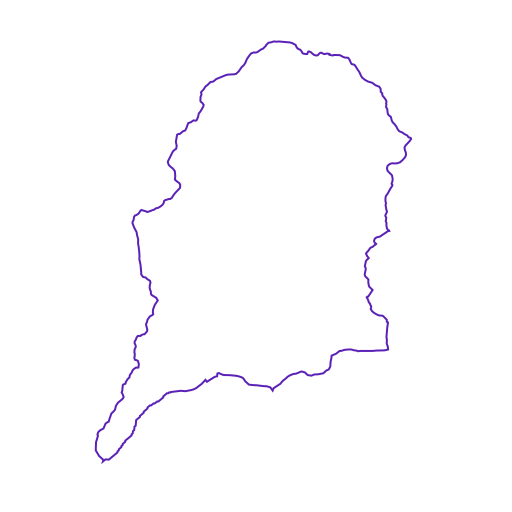 the district of Sakteng, Tashigang, Bhutan, rotated 94°
{"feature_id": "84629894B26708825657570", "entity_name": "Sakteng", "entity_type": "district", "adm_level": 2, "iso_a3": "BTN", "parent_name": "Bhutan", "parent_adm1": "Tashigang", "projection": "mercator", "projection_center": [91.93, 27.381], "detail": "fine", "context": "isolated", "style": "outline", "palette": "violet", "viewbox_px": 512, "rotation_deg": 94, "n_neighbors": 0, "source": "geoboundaries", "source_scale": "gbopen_adm2", "svg_char_len": 6067}
<svg xmlns="http://www.w3.org/2000/svg" viewBox="0 0 512 512"><g transform="rotate(94 256 256)"><path d="M471.6,394.3L469.4,392.0L469.4,388.6L461.6,380.5L460.5,380.5L459.4,379.3L458.3,379.3L456.1,377.0L454.9,377.0L453.8,375.8L452.7,375.8L450.5,373.5L449.3,373.5L443.8,367.7L442.7,367.7L441.5,366.6L439.3,366.5L438.2,365.4L434.8,365.3L433.7,364.2L428.0,364.1L424.7,360.6L423.6,360.6L420.2,357.1L419.1,357.1L415.8,353.7L414.6,353.6L412.4,351.3L412.4,350.2L410.2,347.9L410.2,346.8L408.0,344.4L408.0,343.3L403.6,338.7L402.5,338.7L399.1,335.2L399.1,334.1L398.0,332.9L398.1,331.8L397.6,331.3L395.7,321.5L395.8,317.1L394.4,311.7L393.5,309.2L392.2,306.8L387.3,301.2L383.1,297.8L384.9,296.2L379.4,288.7L378.7,286.4L375.9,286.3L375.4,284.7L376.4,282.3L377.0,279.8L376.7,274.2L376.9,266.8L377.8,262.3L378.8,260.3L379.8,259.4L381.6,258.1L384.8,254.1L385.0,249.6L384.9,246.1L385.3,239.1L385.2,236.4L386.0,232.6L389.1,230.0L386.6,229.2L381.8,222.8L379.3,221.1L378.0,219.9L376.0,217.6L374.2,216.0L372.6,213.7L371.0,210.3L370.7,208.1L368.0,202.6L368.7,199.1L371.2,196.1L371.5,192.3L370.2,189.9L369.6,185.4L368.3,180.7L365.1,177.6L364.9,176.8L363.9,175.4L361.1,174.2L356.2,174.2L352.8,173.7L350.1,173.6L347.9,169.3L344.9,166.0L344.8,164.6L343.5,161.3L342.9,158.1L342.6,154.4L343.2,151.9L343.4,148.9L343.9,147.6L343.4,145.2L342.6,133.3L341.9,129.0L341.2,121.4L340.1,117.7L337.5,118.1L334.2,119.5L330.1,119.6L328.0,120.2L318.7,120.1L313.1,119.7L312.5,120.9L310.5,121.1L307.2,124.8L306.7,126.0L306.7,129.1L306.3,130.4L305.4,132.6L304.2,134.7L303.0,136.3L300.8,137.9L299.2,137.5L298.1,137.6L296.9,138.5L295.5,139.0L294.3,140.3L292.6,140.8L289.4,142.7L288.8,142.1L288.9,141.6L288.6,141.2L281.8,137.3L278.9,140.7L277.9,141.3L274.7,142.1L271.5,142.3L268.7,145.5L267.3,146.2L266.6,146.3L261.7,145.6L260.0,145.9L258.7,146.7L254.0,146.1L253.2,145.9L252.0,145.1L250.3,143.4L249.9,143.6L248.6,144.9L246.1,146.4L245.5,146.3L242.9,144.3L240.2,142.7L239.7,142.2L238.5,140.0L236.6,138.2L236.3,137.5L235.5,137.0L234.5,138.5L233.4,139.1L232.8,139.3L230.9,138.9L230.3,138.5L229.5,137.7L228.8,136.5L228.1,133.9L222.1,126.2L221.7,124.8L221.3,125.0L221.0,125.9L220.3,126.6L219.3,127.3L216.6,128.0L213.8,128.2L212.1,129.0L208.8,128.7L206.9,129.8L206.3,129.8L202.8,128.4L200.0,129.4L196.1,130.3L194.3,130.0L192.1,130.7L189.1,130.9L187.1,130.6L184.4,128.9L180.2,127.0L176.3,124.9L175.5,124.9L174.9,125.6L174.3,125.8L172.5,125.2L169.8,125.0L166.3,125.9L165.7,126.3L162.8,129.7L161.8,130.7L159.6,131.4L158.7,131.4L157.2,131.1L156.5,130.7L154.8,128.8L154.0,126.7L154.0,123.8L153.6,121.4L152.5,118.9L149.9,116.3L146.9,114.1L144.7,113.4L142.6,113.7L139.2,115.1L137.2,115.4L135.3,114.5L130.9,110.9L128.4,109.4L127.6,109.8L127.2,110.6L127.0,111.8L126.4,112.6L125.3,113.4L125.0,114.0L124.0,116.4L122.5,118.8L121.8,121.2L121.2,122.1L120.0,123.3L117.0,125.1L114.6,127.2L113.2,128.9L111.4,130.0L107.8,131.2L106.5,133.2L105.1,134.4L100.1,135.4L98.2,136.7L95.6,136.5L94.5,136.9L93.8,136.6L92.1,136.8L89.4,138.8L87.4,140.8L85.9,141.4L84.9,141.4L83.5,143.0L80.8,143.3L79.3,144.2L78.4,145.2L77.3,148.8L75.1,152.1L74.2,156.3L72.8,159.4L70.7,162.5L69.1,163.7L65.2,165.8L62.5,168.0L59.1,170.4L58.3,171.4L57.9,173.9L56.9,174.7L53.0,176.8L51.8,178.1L51.9,180.6L51.7,181.7L51.3,183.1L49.8,186.3L50.0,192.3L50.6,193.2L50.3,196.4L50.1,196.9L49.4,196.8L49.1,198.3L49.1,199.5L49.8,201.5L49.8,202.3L48.6,205.2L49.2,206.6L51.5,208.5L51.8,210.0L51.4,212.0L50.3,213.7L49.0,215.3L48.2,217.2L48.5,218.2L50.9,219.0L51.1,220.0L50.9,222.1L50.6,223.6L48.4,225.0L47.3,226.1L47.0,226.5L46.8,227.6L46.2,228.4L46.2,228.9L45.0,230.0L42.7,231.2L41.0,235.0L40.6,237.1L40.4,248.0L40.8,250.5L40.7,253.1L41.9,256.1L42.3,258.3L44.3,260.2L46.0,261.1L48.9,263.7L49.5,265.2L52.6,269.0L53.1,270.6L53.1,272.5L54.4,275.2L57.6,277.3L60.2,278.8L64.3,280.2L66.5,281.5L68.6,283.5L72.9,286.0L75.5,288.4L75.9,289.0L76.3,290.8L77.0,296.6L77.6,298.6L82.3,308.1L83.7,309.4L85.1,311.1L85.6,313.5L88.9,316.4L90.3,318.1L94.0,320.2L95.4,321.5L96.7,322.3L97.7,321.8L99.0,321.7L101.0,322.4L105.1,322.3L105.9,321.9L107.3,320.0L109.0,318.7L110.8,319.1L115.7,321.5L117.8,323.0L121.3,323.5L124.5,324.6L125.2,325.6L125.1,327.9L127.0,330.2L128.2,332.9L133.4,334.4L135.7,335.4L136.6,337.4L139.4,340.3L139.9,342.4L140.6,343.2L147.7,343.9L151.6,342.8L154.6,343.1L155.7,344.6L157.5,346.2L167.6,350.4L168.6,350.5L171.4,349.3L173.4,346.8L174.4,345.2L177.0,342.9L181.9,342.1L185.5,342.2L187.8,339.1L188.5,337.7L190.1,336.6L193.3,336.5L198.6,340.9L200.8,342.4L203.8,344.0L205.1,345.5L205.2,346.7L206.6,350.5L207.7,351.6L209.3,351.7L211.3,352.7L213.3,354.8L215.0,357.4L215.4,359.2L216.9,360.9L217.8,363.3L218.5,364.5L219.7,367.6L219.1,369.0L218.1,373.6L219.2,374.6L221.9,376.1L223.6,378.3L224.0,379.5L225.3,380.3L228.9,380.7L230.5,381.5L231.8,381.5L235.8,379.7L240.5,376.8L243.5,376.1L247.6,374.7L251.9,374.5L254.5,373.8L259.9,372.8L264.2,372.2L267.1,372.2L272.8,370.6L280.8,369.3L282.4,369.2L284.8,367.2L285.2,364.4L286.5,363.1L288.1,360.1L289.9,359.4L292.6,359.9L295.1,359.9L297.0,359.3L298.8,358.4L301.0,358.2L302.2,357.4L304.7,352.6L307.2,350.9L311.7,353.5L316.2,354.9L319.1,355.0L321.4,354.5L322.1,355.2L322.7,356.3L324.0,357.9L327.2,359.8L329.3,360.1L331.4,360.9L332.6,360.8L336.9,359.3L338.7,359.4L341.8,361.7L342.0,363.0L342.6,364.3L343.2,365.2L343.8,365.6L344.0,368.2L344.3,368.6L345.9,369.5L348.2,370.2L349.8,371.1L351.5,371.0L353.5,369.9L354.7,369.6L355.8,369.8L357.3,370.5L358.5,370.6L360.7,370.6L361.5,370.2L364.6,370.0L365.6,370.3L366.7,370.1L368.0,369.4L368.3,367.7L369.1,366.3L370.9,365.8L371.8,365.3L375.4,365.5L375.7,366.3L375.6,367.8L377.1,369.8L378.5,371.0L381.2,372.0L383.1,373.3L384.5,373.7L386.0,373.8L387.8,375.5L391.1,377.2L392.3,377.2L392.6,377.5L393.4,379.4L394.1,379.9L399.9,380.0L401.6,380.5L402.6,379.7L405.6,378.3L406.3,378.3L407.5,378.9L409.0,380.3L412.0,383.5L415.3,385.3L419.0,385.9L420.6,386.9L423.3,389.3L429.6,391.0L431.4,391.3L432.4,392.9L433.7,394.4L438.7,396.1L440.6,399.1L442.0,400.5L442.7,401.0L443.8,401.4L445.3,401.7L446.3,401.1L453.0,402.6L461.1,402.3L466.4,398.6L470.1,394.0L471.6,394.3Z" fill="none" stroke="#5b21b6" stroke-width="2"/></g></svg>